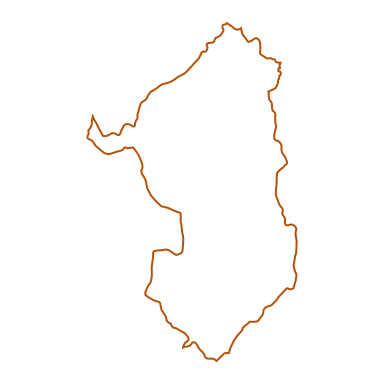 Xin Man, Hà Giang, Vietnam (Equal Earth projection)
{"feature_id": "81297802B50713424689894", "entity_name": "Xin Man", "entity_type": "district", "adm_level": 2, "iso_a3": "VNM", "parent_name": "Vietnam", "parent_adm1": "Hà Giang", "projection": "equal_earth", "projection_center": [104.512, 22.634], "detail": "fine", "context": "isolated", "style": "outline", "palette": "amber", "viewbox_px": 384, "rotation_deg": 0, "n_neighbors": 0, "source": "geoboundaries", "source_scale": "gbopen_adm2", "svg_char_len": 5946}
<svg xmlns="http://www.w3.org/2000/svg" viewBox="0 0 384 384"><path d="M166.6,320.4L167.8,321.9L169.1,323.0L170.8,323.7L171.9,326.3L173.5,327.8L175.7,328.0L178.8,329.8L181.5,331.4L185.0,333.3L186.9,335.5L188.6,338.4L188.7,339.2L188.3,340.0L187.3,341.2L184.9,343.2L183.3,346.0L183.2,347.5L184.1,346.9L185.3,346.7L186.9,346.6L188.3,346.2L189.6,345.7L190.8,344.7L192.4,342.6L193.0,342.2L194.0,342.3L194.9,342.6L196.1,343.5L197.5,345.5L198.2,347.1L199.6,349.3L201.0,350.7L202.7,352.2L204.0,354.1L205.3,357.1L205.9,357.9L206.9,358.3L207.9,358.7L209.0,358.7L212.7,358.7L213.7,358.9L215.1,359.7L216.6,361.0L220.7,356.9L223.9,353.7L225.2,353.1L227.4,353.0L228.8,353.2L229.4,351.2L230.3,348.1L231.9,344.7L233.4,341.6L235.3,338.5L236.8,336.3L237.8,335.2L239.3,333.5L242.5,329.8L242.7,328.1L243.3,327.2L245.9,325.0L247.6,324.0L248.7,322.7L249.6,321.8L250.0,321.8L251.1,321.8L252.9,321.8L255.0,321.7L257.2,321.3L258.1,320.8L258.5,320.4L259.1,319.4L260.2,317.7L262.0,315.8L262.7,314.6L263.3,312.7L263.4,310.6L264.0,309.4L265.0,308.0L266.1,307.1L267.4,306.6L269.8,305.9L271.4,305.2L274.4,302.4L276.6,299.9L279.1,296.4L282.5,292.8L285.6,289.5L286.8,288.3L287.4,288.3L289.8,289.2L290.5,289.3L291.3,289.2L292.3,288.9L293.5,288.1L294.9,283.3L295.8,280.2L296.3,276.5L296.3,274.8L296.2,273.8L295.3,272.0L294.8,270.9L294.0,267.9L293.6,265.0L294.0,263.2L294.4,260.8L295.1,256.1L296.2,252.7L296.3,250.5L296.5,246.0L296.6,241.4L296.5,240.1L295.8,236.0L295.6,233.7L295.5,232.1L296.2,230.2L296.3,229.1L295.7,227.2L293.9,225.5L292.1,224.5L290.8,224.6L289.1,224.9L288.3,225.2L286.8,225.3L286.1,225.0L285.6,224.6L285.1,224.0L284.8,223.0L284.9,220.7L285.0,218.8L284.9,218.1L283.5,216.0L282.6,214.6L282.3,213.6L282.3,212.0L282.9,210.4L282.8,209.5L282.5,208.7L281.0,206.9L279.2,204.3L278.2,201.5L277.8,199.8L276.5,197.2L275.9,194.9L275.8,192.8L276.1,188.0L276.5,185.1L276.8,175.5L277.1,173.0L279.8,170.0L282.8,167.7L284.7,165.5L286.4,164.3L286.9,163.5L287.0,162.5L286.8,161.0L285.8,158.6L284.2,155.6L282.4,153.4L281.8,151.7L281.5,149.3L281.5,146.1L281.2,144.8L280.8,144.0L280.0,142.7L278.0,140.9L276.4,140.4L275.5,140.1L275.1,139.8L274.5,139.1L274.2,138.0L274.2,135.8L274.3,134.5L274.9,131.6L276.1,127.3L276.2,126.4L275.9,124.8L275.4,123.3L275.2,122.1L275.2,118.1L275.2,116.0L275.4,114.7L275.3,113.9L275.2,113.0L274.5,112.2L273.7,111.6L273.0,111.0L272.5,110.2L272.2,108.9L272.0,107.2L271.9,104.5L271.7,103.3L271.3,102.1L270.5,101.2L269.7,100.1L269.2,99.2L269.0,97.7L268.7,95.9L268.7,94.8L268.9,93.6L268.9,92.8L268.8,92.4L268.3,91.7L269.3,91.2L271.4,90.1L273.4,89.3L275.1,88.5L276.5,86.4L276.9,86.0L277.3,84.5L277.8,83.4L278.0,82.7L278.1,82.0L278.0,81.1L278.0,80.2L278.4,79.7L278.9,79.0L279.1,78.2L279.2,76.1L279.4,75.6L280.2,75.3L280.5,74.9L280.8,74.0L280.8,73.3L280.7,72.2L280.2,71.8L279.7,71.6L278.9,71.5L278.5,71.2L278.4,70.6L278.4,70.2L278.4,69.1L278.6,68.2L278.9,68.1L279.3,68.2L279.6,68.3L279.9,68.3L280.0,68.2L280.1,67.9L280.0,67.5L279.8,66.8L279.6,65.8L279.5,65.1L279.5,64.8L279.7,64.5L279.9,64.3L280.1,64.0L280.4,63.5L280.5,62.7L280.1,62.4L279.5,62.5L278.4,62.7L276.9,62.3L276.0,62.0L275.7,61.6L275.4,61.0L275.2,60.0L275.0,59.8L274.4,59.4L272.9,59.3L271.9,58.9L270.9,58.3L270.2,58.1L269.3,58.2L268.3,58.4L267.6,58.4L266.7,58.4L265.7,57.6L263.2,56.0L261.9,55.2L260.5,54.1L260.1,53.5L260.0,52.7L260.3,49.5L260.3,48.7L260.3,45.2L260.0,42.8L259.3,40.5L258.4,39.5L257.3,38.6L256.0,38.2L254.4,38.6L251.5,40.9L250.1,41.3L248.4,41.9L247.5,41.1L246.3,39.3L243.2,35.4L242.5,34.1L242.3,33.6L241.7,32.0L241.5,30.0L241.1,28.3L240.8,28.7L240.6,28.8L238.4,29.4L236.9,29.6L235.5,29.1L235.0,29.0L234.6,28.8L231.7,26.3L228.8,24.4L226.7,23.0L226.4,23.5L225.7,24.3L224.4,24.6L223.1,24.9L222.6,25.6L222.3,26.5L222.4,27.5L223.4,29.4L223.4,30.7L222.3,32.8L220.3,35.6L217.7,37.1L216.1,37.6L215.1,38.8L214.3,40.9L213.8,41.8L212.7,42.6L209.8,42.9L207.5,43.3L206.9,44.1L206.6,45.0L207.4,46.8L207.4,48.1L206.7,50.4L205.7,51.5L204.6,51.6L202.7,51.7L201.6,52.5L200.8,54.3L199.5,57.2L197.7,59.8L195.1,62.2L192.3,65.5L189.6,68.4L186.9,71.5L184.1,73.7L180.9,75.4L177.8,77.0L174.8,79.4L172.1,81.1L170.0,81.9L166.8,83.2L162.4,84.2L159.4,86.1L156.5,88.4L153.9,90.0L151.0,91.6L149.5,93.1L147.6,96.5L146.5,98.7L145.0,100.2L142.9,101.4L141.2,102.8L140.4,104.4L139.4,107.4L138.7,109.9L138.3,112.3L137.4,114.8L137.4,116.0L137.5,117.2L137.5,118.1L137.1,119.0L136.2,120.3L135.6,121.5L135.1,123.1L134.9,124.9L134.6,126.1L134.1,126.5L133.0,126.5L129.9,124.5L127.6,124.0L125.7,124.3L123.5,126.1L122.7,128.0L121.2,130.7L120.3,133.4L119.7,134.4L119.3,134.9L118.5,135.0L117.7,135.0L114.7,133.3L113.0,133.2L111.4,133.4L109.3,134.8L106.9,135.8L105.2,136.1L103.2,136.0L101.6,133.6L99.6,129.6L98.0,126.7L96.2,123.0L94.9,120.9L94.0,119.2L92.8,116.5L92.3,118.5L91.9,121.4L91.7,124.6L90.8,127.2L89.2,129.4L88.5,130.2L88.3,131.3L88.6,132.3L88.7,133.5L87.7,135.8L87.4,137.5L88.0,138.5L89.3,139.4L91.4,140.2L92.5,141.1L95.6,145.7L98.0,147.8L100.1,149.8L104.2,152.9L106.5,153.8L108.2,154.1L109.5,154.0L111.4,153.4L113.8,152.7L116.9,151.6L119.0,151.2L122.4,150.1L123.9,148.3L124.9,147.4L125.2,147.3L127.8,148.3L129.1,148.0L130.6,147.7L132.1,147.5L133.1,147.7L133.6,148.2L135.5,150.5L138.0,154.1L140.1,158.5L141.7,162.5L142.3,164.6L142.5,166.8L141.9,169.5L141.3,170.6L141.3,171.5L141.9,173.8L143.4,176.1L145.2,179.2L146.1,182.0L146.5,184.7L147.4,188.7L151.1,195.6L155.2,200.4L161.2,206.2L164.2,207.0L167.8,207.8L174.1,210.7L178.6,212.3L180.5,213.1L180.7,214.9L180.6,221.4L181.3,224.4L182.2,232.3L182.9,235.5L183.3,239.5L183.1,243.3L182.6,249.7L182.3,251.5L181.3,253.1L179.3,253.8L177.4,254.8L175.6,254.8L171.7,252.1L168.5,250.0L166.1,249.5L161.5,250.2L156.4,250.6L153.8,251.3L153.2,252.6L153.1,253.4L153.2,255.2L152.3,262.9L151.7,266.6L151.8,273.5L151.7,277.0L150.9,281.3L150.1,283.3L149.1,284.4L147.4,287.2L145.7,291.1L145.2,293.6L145.4,294.8L148.2,297.2L151.1,298.8L153.9,300.4L156.7,301.3L159.4,302.1L160.2,303.4L160.7,306.0L161.6,310.0L163.7,313.3L165.9,316.7L166.6,320.4Z" fill="none" stroke="#b45309" stroke-width="2"/></svg>